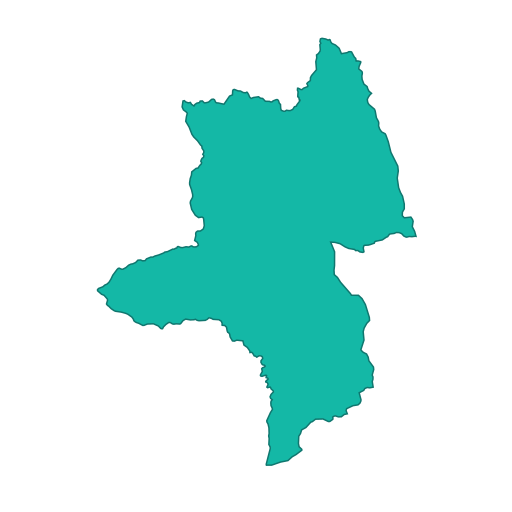 Than To, Yala, Thailand (Mercator projection), rotated 84°
{"feature_id": "78962969B74905002065974", "entity_name": "Than To", "entity_type": "district", "adm_level": 2, "iso_a3": "THA", "parent_name": "Thailand", "parent_adm1": "Yala", "projection": "mercator", "projection_center": [101.258, 6.055], "detail": "fine", "context": "isolated", "style": "filled", "palette": "teal", "viewbox_px": 512, "rotation_deg": 84, "n_neighbors": 0, "source": "geoboundaries", "source_scale": "gbopen_adm2", "svg_char_len": 6070}
<svg xmlns="http://www.w3.org/2000/svg" viewBox="0 0 512 512"><g transform="rotate(84 256 256)"><path d="M106.3,124.1L103.9,126.4L101.3,127.4L99.1,127.8L96.3,130.7L91.5,132.0L88.0,131.9L85.7,131.2L84.2,131.1L83.3,131.6L80.6,134.3L78.1,133.6L74.5,131.6L73.6,131.6L72.7,134.1L72.5,136.0L69.9,136.2L68.5,137.4L63.1,139.6L62.7,140.3L62.5,142.2L63.3,144.1L63.7,149.9L58.1,151.6L54.5,154.9L52.5,158.3L50.8,159.3L48.8,159.7L48.4,160.3L48.8,161.7L47.5,163.9L46.4,167.6L46.8,169.2L48.0,169.6L49.4,170.0L51.2,169.3L52.5,170.4L57.5,170.5L59.0,170.9L61.2,172.8L62.4,174.8L65.3,174.9L69.0,176.2L77.1,176.4L82.2,181.8L84.3,183.2L87.2,183.6L89.0,186.6L89.9,187.4L92.1,186.6L92.9,186.9L94.1,191.2L95.3,192.8L95.2,193.9L93.6,196.3L93.5,197.1L95.3,197.5L97.0,197.0L101.7,197.8L102.2,197.7L102.6,196.9L105.4,196.6L105.3,196.1L106.1,196.0L109.9,199.5L111.1,200.1L111.6,202.2L114.0,204.1L114.9,206.5L114.9,207.9L114.2,210.5L115.0,211.8L115.0,213.2L113.8,215.6L111.9,216.0L107.8,215.8L106.6,216.8L103.6,217.5L102.7,218.4L102.6,219.4L103.5,222.8L104.3,223.8L104.4,225.1L103.6,226.5L103.1,230.5L100.0,232.9L99.5,235.1L97.9,236.8L98.1,242.0L98.8,244.4L97.3,245.7L94.6,246.5L92.3,247.6L92.1,248.1L92.6,249.4L92.1,251.6L90.3,254.2L89.9,256.6L88.1,260.0L88.2,261.2L89.2,261.9L93.3,262.6L94.2,265.6L101.7,272.0L99.9,277.4L99.5,279.4L98.7,280.1L96.2,281.0L95.5,282.1L95.6,283.8L98.0,287.1L98.4,290.5L98.3,291.4L96.2,293.1L96.1,295.3L97.5,296.2L97.8,298.9L98.9,300.9L100.3,302.0L98.4,304.3L96.4,305.2L96.6,307.4L95.4,309.8L94.0,311.0L94.2,312.4L100.0,313.9L103.1,312.9L105.5,310.3L106.9,309.4L110.0,310.6L114.7,311.8L120.9,309.0L128.3,307.0L131.1,305.5L135.3,302.1L139.9,299.5L141.0,298.4L143.2,298.4L146.1,296.9L147.8,297.2L149.3,298.3L150.8,297.4L152.4,297.9L153.2,299.4L154.5,300.3L156.0,301.0L157.5,300.3L159.1,301.1L159.9,302.3L162.5,304.5L162.6,306.4L165.6,311.1L168.9,311.8L172.1,313.3L176.3,314.4L178.0,314.5L183.4,313.2L188.1,312.6L190.1,312.7L191.6,313.3L194.6,315.4L196.4,315.9L202.9,315.1L209.1,312.1L211.8,309.1L211.6,305.7L212.5,304.4L214.1,304.2L220.6,304.3L223.6,305.6L225.3,308.6L225.1,311.6L226.2,313.2L227.6,313.7L229.4,313.7L234.2,315.4L236.2,313.0L237.9,312.3L239.4,312.2L240.6,314.2L240.6,316.1L240.3,317.6L239.4,318.6L239.2,319.4L240.1,321.9L239.5,324.6L240.0,328.1L239.7,329.9L238.4,332.5L238.6,333.2L239.9,334.1L239.9,335.3L240.7,336.7L240.4,338.0L242.4,343.5L242.6,346.4L243.3,347.4L244.8,352.7L245.5,356.7L246.3,358.7L246.1,360.8L247.4,365.2L249.0,366.7L249.0,369.2L247.9,371.2L247.8,373.9L249.9,376.4L250.9,379.4L251.0,381.2L251.8,383.6L253.9,386.5L255.2,389.8L255.2,390.8L253.8,393.3L253.9,394.3L254.9,395.6L260.1,400.4L264.0,402.8L266.8,405.0L268.4,407.2L269.1,409.4L270.6,411.5L271.8,415.9L272.8,417.1L273.9,417.2L274.5,416.8L277.9,413.6L279.2,411.2L283.3,408.3L284.6,408.3L288.1,409.7L289.7,408.8L290.3,407.9L293.3,405.5L295.7,402.6L296.3,401.4L297.7,395.9L299.3,391.8L300.4,389.7L303.7,385.9L305.7,384.7L307.8,384.1L308.8,383.1L309.6,382.0L310.7,379.6L313.2,375.9L313.3,374.7L312.3,371.2L312.7,365.1L315.4,360.4L318.1,358.3L318.6,357.1L318.5,356.5L316.8,355.4L314.6,352.7L313.0,349.7L313.2,348.2L314.8,346.2L315.2,344.8L315.1,342.4L315.7,338.8L315.3,337.9L312.6,335.3L311.4,332.6L312.7,327.9L312.9,324.3L312.6,322.8L313.8,321.3L314.4,319.5L314.7,313.2L313.9,311.1L312.6,309.4L312.7,308.6L313.4,306.8L314.5,305.3L315.5,299.5L317.3,297.3L319.5,296.7L321.2,297.0L321.5,296.4L321.8,294.4L323.7,292.8L327.5,292.5L328.9,292.1L329.4,291.3L330.8,290.4L333.8,290.2L338.0,288.3L338.4,286.4L337.7,283.9L339.0,277.9L343.3,277.3L346.0,274.2L349.8,272.1L351.4,272.1L351.3,270.4L352.3,269.5L355.2,268.2L355.6,266.9L356.7,265.8L355.8,264.0L355.6,263.0L355.9,261.5L356.8,260.3L358.6,260.0L360.6,261.9L362.2,262.2L364.5,261.2L365.1,260.4L365.5,259.0L366.5,258.4L367.2,259.0L367.9,261.3L368.7,262.1L371.5,261.8L374.5,263.9L375.2,264.1L375.8,263.9L376.3,262.6L375.6,259.4L375.7,258.2L376.2,257.9L377.6,258.7L378.1,258.6L378.5,257.2L379.6,256.7L381.6,259.4L382.4,259.4L382.8,258.3L384.3,257.5L385.1,257.5L387.5,258.9L388.2,258.2L387.8,255.8L388.0,255.4L389.9,254.8L391.8,253.0L393.0,252.9L395.2,255.5L397.5,256.7L399.2,256.3L400.6,254.9L402.0,256.2L403.6,256.6L406.4,256.7L408.8,255.8L410.3,255.7L413.1,257.9L420.9,262.5L422.2,262.5L424.3,261.6L428.2,261.1L433.9,261.5L436.3,262.2L438.9,262.0L444.8,262.9L447.4,261.9L449.1,262.0L464.2,267.6L465.1,267.5L465.6,262.2L463.5,253.2L462.8,245.6L459.4,240.9L457.7,237.0L453.9,230.7L453.0,230.7L450.2,233.1L446.9,233.4L439.7,232.3L437.2,230.3L433.7,228.8L431.8,224.3L427.0,218.9L426.6,217.2L424.5,213.9L425.1,206.4L428.2,201.3L428.3,200.5L428.2,199.7L426.6,196.9L426.1,196.5L424.2,196.6L423.4,195.0L423.3,193.8L424.6,190.9L424.8,187.9L422.8,184.8L422.5,181.7L419.1,182.6L417.3,181.8L415.0,175.2L414.7,170.1L413.3,168.1L411.5,167.0L410.1,166.6L402.8,167.7L400.9,162.9L399.2,161.7L398.4,159.2L399.0,156.6L398.7,153.2L393.0,153.5L390.8,152.6L388.5,152.3L386.6,152.9L381.2,150.8L378.7,150.8L372.0,154.7L368.3,155.0L365.0,156.3L363.3,159.0L362.2,160.2L360.2,161.5L350.9,157.4L342.5,157.3L339.0,156.0L334.6,152.9L332.0,149.8L328.9,149.7L315.7,152.3L309.5,155.0L305.8,158.2L305.0,165.2L303.3,166.0L290.9,174.7L285.9,177.2L282.7,180.1L278.2,179.9L273.8,178.9L260.0,177.4L250.0,180.3L250.7,176.1L252.6,171.0L256.2,166.5L258.2,163.0L259.8,157.3L261.0,156.4L261.2,154.1L262.8,152.3L263.6,149.3L263.1,148.2L259.2,148.5L257.0,147.6L256.7,146.9L256.9,143.2L256.6,141.2L255.6,137.0L254.3,136.4L253.9,135.7L253.2,128.7L250.9,124.4L250.6,123.1L248.4,121.1L248.1,120.3L248.0,116.3L247.3,114.0L247.7,111.2L249.0,108.8L251.6,106.9L252.8,104.9L253.0,104.1L252.6,101.6L253.1,98.9L253.0,95.6L253.2,94.8L248.0,95.7L243.2,97.5L237.9,96.1L236.1,96.5L233.5,97.9L233.5,104.5L231.2,106.3L227.7,105.8L224.6,103.6L219.8,103.1L211.9,104.0L207.9,105.7L203.0,107.0L193.3,107.4L186.3,105.6L181.4,105.6L167.0,111.0L156.2,112.5L149.3,114.2L147.9,114.8L145.7,118.1L142.8,119.7L139.5,120.5L136.5,120.0L135.0,120.2L131.1,121.8L124.3,122.3L122.4,122.8L117.2,127.8L115.0,128.8L112.0,129.0L109.9,127.8L107.9,126.1L106.3,124.1Z" fill="#14b8a6" stroke="#0f766e" stroke-width="1.5"/></g></svg>